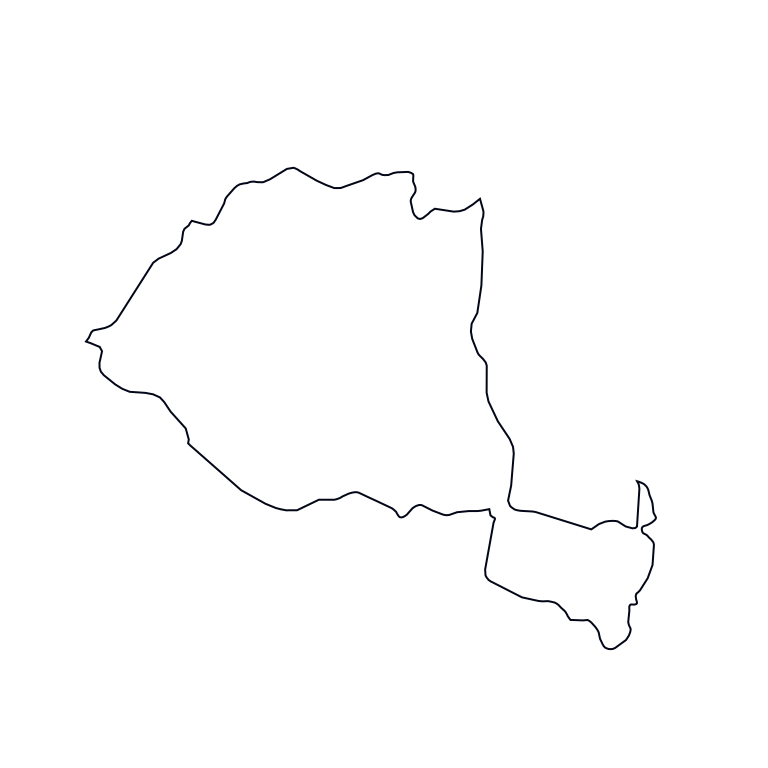 SVG path tracing the border of Jawzjan, rotated 282°
{"feature_id": "AFG-1746", "entity_name": "Jawzjan", "entity_type": "Province", "adm_level": 1, "iso_a3": "AFG", "parent_name": "Afghanistan", "parent_adm1": "", "projection": "orthographic", "projection_center": [65.748, 36.744], "detail": "fine", "context": "isolated", "style": "outline", "palette": "ink", "viewbox_px": 768, "rotation_deg": 282, "n_neighbors": 0, "source": "natural_earth", "source_scale": "10m", "svg_char_len": 3890}
<svg xmlns="http://www.w3.org/2000/svg" viewBox="0 0 768 768"><g transform="rotate(282 384 384)"><path d="M363.6,83.7L367.9,85.7L373.6,86.9L375.9,88.4L380.7,99.2L383.0,102.7L384.9,105.0L390.4,109.0L454.6,133.0L459.8,137.5L467.8,148.2L472.8,153.1L478.5,156.0L481.9,156.5L491.3,155.9L494.4,156.6L498.4,160.0L501.1,160.8L503.7,162.1L503.5,164.5L502.9,176.0L503.1,177.9L503.4,180.1L504.0,181.3L505.1,182.6L505.7,183.3L506.5,183.9L509.6,185.2L527.4,190.1L531.7,190.3L534.3,191.2L544.4,196.9L547.2,199.0L549.3,201.4L551.0,205.1L552.1,208.4L553.5,210.5L554.2,212.0L554.7,213.7L555.0,215.2L555.1,218.0L556.1,223.4L556.7,224.5L560.6,230.0L574.2,244.3L576.7,250.6L576.4,252.7L575.6,255.7L575.3,256.3L574.7,257.8L568.9,275.9L566.6,286.0L565.3,294.6L566.7,300.9L571.1,308.0L579.0,321.1L586.0,329.3L587.9,332.0L588.9,334.3L588.9,335.8L588.6,337.1L588.2,338.6L588.4,341.1L589.4,344.9L592.3,349.3L593.8,352.9L596.5,363.6L596.1,366.8L595.3,368.8L593.9,369.4L589.3,370.1L587.9,370.5L583.2,373.7L581.2,374.4L579.5,374.7L577.9,374.6L571.9,372.3L570.5,372.0L569.2,372.0L568.0,372.2L558.1,376.7L555.4,378.8L553.0,382.6L552.9,385.1L554.4,387.5L559.6,391.9L562.3,393.6L566.0,397.3L567.1,416.3L568.7,421.9L571.3,426.7L578.2,433.7L585.1,439.4L574.1,445.1L572.3,445.7L568.6,446.2L564.8,445.9L555.9,446.6L534.2,453.0L500.5,458.8L472.9,460.5L461.2,457.2L453.4,458.1L446.5,460.9L434.3,468.9L432.7,470.3L431.8,471.4L429.0,475.8L426.0,479.2L423.2,480.7L396.8,486.2L388.7,489.8L371.2,503.1L356.4,518.3L349.3,523.3L342.9,525.4L311.1,529.5L295.7,529.6L291.0,532.6L289.8,534.5L288.4,537.9L288.2,541.1L288.4,544.3L290.2,556.0L290.3,559.0L284.9,617.0L291.7,623.4L295.3,628.9L296.5,631.9L297.6,635.8L298.1,638.8L298.2,641.2L294.9,650.0L294.5,657.0L295.4,659.8L297.2,661.1L334.6,655.6L337.2,654.7L339.1,653.8L341.5,651.8L341.3,654.2L340.6,657.6L340.1,659.2L339.3,660.6L338.4,661.9L337.5,662.9L336.5,663.7L335.4,664.5L330.6,666.8L325.5,670.2L322.9,671.5L314.6,674.2L313.6,674.8L310.7,677.3L309.8,677.8L308.6,677.8L307.0,677.0L304.1,674.7L302.0,672.4L300.6,670.6L299.3,668.1L298.5,667.1L297.6,666.4L296.5,666.2L294.9,666.5L292.8,667.6L291.9,668.7L291.5,670.0L291.3,671.1L291.0,672.1L290.5,673.0L289.0,675.0L287.4,677.7L285.4,680.1L284.2,680.9L282.7,681.5L262.8,684.3L248.8,682.3L235.4,677.3L233.9,676.4L231.4,674.5L230.4,674.3L228.8,674.3L226.0,675.3L223.1,676.8L222.1,677.0L221.2,676.5L220.3,674.9L219.9,672.4L219.7,671.5L219.1,670.7L218.0,670.3L216.6,670.3L213.5,671.1L201.8,672.4L199.1,673.7L196.1,676.0L194.5,676.4L192.5,676.4L189.0,675.9L184.0,674.0L175.6,666.5L174.0,665.1L172.6,663.2L172.1,661.9L171.7,660.5L171.5,658.8L171.7,656.9L172.1,655.2L173.2,653.5L175.1,651.8L179.7,648.3L185.5,645.7L186.7,644.9L188.2,643.5L190.1,641.5L193.9,636.3L195.0,633.9L195.5,632.3L194.1,627.6L192.0,615.4L195.1,612.0L196.4,611.1L198.7,609.0L199.7,607.7L201.8,604.0L204.2,600.5L205.1,598.6L205.7,596.4L205.8,592.2L205.7,589.6L205.2,587.4L204.6,585.3L204.2,583.1L203.9,580.2L204.0,563.3L213.1,529.4L214.1,527.0L216.3,524.4L217.9,523.1L223.5,521.5L271.3,520.0L274.6,520.6L275.5,520.5L276.1,519.9L276.3,518.3L277.6,515.5L283.5,513.0L280.3,505.4L279.1,501.7L277.4,493.6L273.8,482.2L269.4,474.9L268.6,472.2L268.5,469.0L270.3,457.7L273.3,446.4L273.3,445.1L272.9,443.4L271.4,440.8L269.9,439.1L268.2,437.6L260.9,433.5L259.2,431.9L257.9,430.4L257.1,428.7L257.0,427.3L257.6,426.0L259.9,423.7L261.5,422.4L263.2,419.5L264.1,417.6L267.8,401.9L270.3,390.9L272.4,382.1L272.5,380.6L272.3,378.6L271.2,375.6L269.4,372.2L265.4,366.8L263.3,364.6L261.4,361.5L260.5,359.6L257.3,344.4L242.4,325.2L240.1,314.5L240.0,309.3L240.2,304.1L242.2,293.0L250.4,266.4L283.6,207.3L285.3,204.7L289.1,204.6L299.3,199.3L312.6,181.0L320.7,172.7L324.3,167.6L325.9,160.3L325.7,152.4L323.5,136.9L324.9,128.9L327.7,121.2L331.3,114.1L334.3,108.2L337.2,104.5L340.7,102.4L345.6,101.3L357.4,101.4L361.1,98.3L362.9,88.8L363.6,83.7Z" fill="none" stroke="#020617" stroke-width="2"/></g></svg>